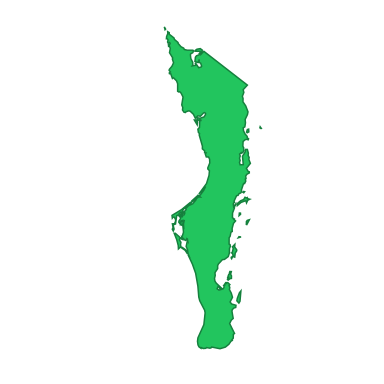 SVG path tracing the border of Baja California Sur, rotated 37°
{"feature_id": "MEX-2707", "entity_name": "Baja California Sur", "entity_type": "State", "adm_level": 1, "iso_a3": "MEX", "parent_name": "Mexico", "parent_adm1": "", "projection": "albers", "projection_center": [-111.883, 25.437], "detail": "fine", "context": "isolated", "style": "filled", "palette": "green", "viewbox_px": 384, "rotation_deg": 37, "n_neighbors": 0, "source": "natural_earth", "source_scale": "10m", "svg_char_len": 6073}
<svg xmlns="http://www.w3.org/2000/svg" viewBox="0 0 384 384"><g transform="rotate(37 192 192)"><path d="M116.8,72.5L171.9,73.3L171.3,79.5L173.5,81.3L174.6,85.2L176.6,86.7L178.4,89.3L183.1,90.9L188.5,94.3L189.7,96.8L190.8,102.1L193.1,104.6L195.0,108.2L194.3,110.0L196.3,112.1L199.4,113.7L202.6,114.4L203.4,115.4L205.2,115.5L205.4,116.6L204.3,116.7L203.0,118.2L202.4,120.9L205.1,124.9L206.6,125.5L208.5,127.9L208.8,129.9L208.2,131.2L207.7,130.9L207.2,133.1L208.8,134.2L209.6,136.4L211.5,137.9L212.1,139.8L214.1,141.3L216.5,139.3L210.8,133.1L210.4,128.2L209.2,125.7L210.6,124.7L213.7,127.1L214.7,128.9L216.9,130.1L217.7,131.7L221.4,134.0L221.2,140.4L224.6,141.8L225.6,141.4L226.3,142.3L225.2,144.7L225.2,146.9L227.1,148.8L226.8,149.6L228.4,151.0L228.9,153.5L228.4,153.5L228.2,154.7L230.2,160.5L231.4,161.8L231.5,163.4L230.5,165.1L230.8,167.0L229.8,168.1L231.1,174.0L232.7,175.1L231.7,174.8L232.1,176.7L234.7,179.3L235.5,179.2L237.0,184.3L239.8,188.2L242.1,188.1L242.0,188.8L244.2,188.9L244.0,192.1L246.0,197.0L247.9,199.3L247.3,200.7L249.1,204.4L249.2,206.2L253.0,211.3L254.0,211.1L255.4,212.3L255.9,214.5L258.6,218.3L259.8,221.8L258.5,226.3L257.0,227.7L256.4,233.6L256.8,235.4L258.6,237.7L258.9,242.6L260.8,244.7L262.0,247.5L264.0,249.4L266.2,250.2L274.1,251.1L272.3,252.3L269.6,251.2L270.3,254.2L272.6,254.1L274.9,251.0L275.1,249.1L274.1,247.8L274.2,246.9L273.6,247.3L273.5,244.5L274.2,244.3L273.7,243.9L275.2,242.8L278.0,243.2L277.8,244.3L279.7,245.6L280.6,247.4L284.2,249.1L287.7,251.7L288.6,256.9L291.0,257.6L295.3,256.0L296.4,257.9L295.2,259.6L295.0,261.8L295.6,263.1L301.0,268.2L300.5,270.6L301.2,274.4L311.1,279.4L310.7,280.8L312.9,283.9L312.9,286.1L313.5,286.3L312.9,287.8L313.1,291.4L312.0,295.8L308.7,300.3L301.0,304.0L301.0,305.1L300.2,306.0L297.2,307.5L297.1,308.5L295.2,310.2L293.0,310.7L293.3,311.4L290.8,311.5L288.8,310.5L286.2,307.9L284.5,304.9L281.3,290.8L275.2,280.6L273.2,278.8L263.6,274.2L260.6,271.8L253.4,263.7L243.8,254.7L235.8,249.4L226.6,244.5L230.2,246.1L225.9,243.6L223.2,240.8L220.1,239.0L217.7,233.9L218.5,234.1L216.6,232.3L215.9,232.3L216.3,233.7L215.8,234.7L211.3,234.2L213.1,235.6L210.9,236.1L210.8,233.1L209.4,229.2L205.5,225.0L206.7,225.3L204.4,222.6L202.7,218.9L203.5,222.5L204.4,223.4L203.5,224.0L204.4,225.0L203.2,224.3L202.5,225.2L201.9,224.4L201.2,222.1L201.8,221.4L201.5,220.5L200.7,221.5L201.2,224.5L199.7,224.1L199.0,222.9L198.9,220.2L197.8,218.9L199.2,217.6L198.6,215.8L199.5,214.9L198.9,213.0L198.4,212.9L197.2,215.5L197.8,217.2L196.9,218.9L196.2,218.0L196.5,216.2L196.0,215.2L197.0,214.4L197.8,211.2L197.9,209.6L197.0,209.0L197.5,205.0L199.7,201.0L199.9,195.7L199.4,194.8L200.1,192.5L199.5,192.3L201.7,191.0L199.5,190.6L200.4,190.0L200.4,183.9L199.6,179.4L198.7,189.5L198.5,176.5L195.6,168.5L193.1,164.5L190.8,164.1L190.1,163.2L188.7,158.1L186.3,155.2L184.2,154.1L182.3,155.4L179.8,153.7L179.7,152.3L178.4,153.0L177.3,151.5L174.3,151.3L172.7,149.1L163.4,142.1L163.0,140.9L161.3,140.6L158.9,138.3L159.1,135.9L155.6,130.9L155.7,129.8L156.6,129.2L154.7,129.4L154.4,130.5L153.4,130.8L153.5,131.5L152.5,131.5L151.6,129.5L154.0,128.2L156.4,124.9L156.3,122.5L155.5,121.0L154.1,121.1L153.6,122.1L153.1,126.4L150.8,127.7L150.3,131.1L146.4,129.1L142.0,128.6L140.6,129.1L139.0,131.4L138.9,132.5L137.6,133.1L135.0,132.2L133.8,130.1L131.4,128.6L127.7,121.6L123.8,119.6L121.8,119.3L121.2,120.1L119.9,120.2L115.4,114.2L112.7,112.5L108.9,112.0L108.2,112.1L108.0,113.1L103.9,110.4L102.8,111.1L102.2,110.6L102.5,109.1L100.6,108.7L100.1,107.7L100.3,103.7L99.5,99.9L96.4,97.7L95.8,96.5L90.2,94.3L88.3,90.5L86.3,89.1L85.7,89.8L84.5,88.5L85.6,88.7L85.1,86.4L84.1,86.1L83.5,87.5L82.2,86.9L81.4,85.0L79.9,84.5L79.3,85.0L78.1,83.0L77.3,80.0L76.1,78.6L77.9,78.4L78.9,79.7L84.9,79.8L86.1,80.7L90.9,81.0L91.5,81.7L95.8,82.6L98.8,82.1L100.1,82.8L102.9,81.6L107.4,78.2L108.2,78.3L108.8,80.2L107.8,82.6L108.1,83.3L110.7,86.1L114.4,87.9L116.3,90.2L116.3,91.1L118.6,88.7L118.8,88.0L117.4,87.4L117.5,87.0L122.5,88.7L124.0,86.8L124.0,85.7L121.4,83.9L119.6,84.2L118.0,81.7L118.9,85.0L115.8,86.0L113.6,82.3L113.6,80.5L115.4,77.7L114.6,77.2L115.2,76.6L114.3,75.7L114.5,75.1L113.9,74.8L109.7,77.7L109.4,77.0L110.0,75.0L112.3,72.5L114.8,72.5L116.4,75.9L116.8,72.5ZM197.2,230.1L200.0,232.4L200.5,234.4L198.7,233.6L198.2,231.7L195.5,229.2L197.1,227.9L196.4,225.0L195.0,223.6L193.0,222.8L192.0,223.4L192.0,224.7L190.1,222.7L194.3,212.2L197.0,201.1L197.8,200.6L198.0,202.7L195.5,210.9L196.2,214.2L195.1,214.8L194.7,217.0L195.5,219.0L194.4,219.2L194.0,220.1L198.1,227.5L197.1,228.9L197.2,230.1ZM213.4,238.8L214.7,241.2L216.0,242.2L215.4,245.6L213.2,243.0L208.4,239.2L202.7,235.7L203.5,235.0L208.7,235.4L209.9,235.7L210.7,237.8L213.4,238.8ZM257.3,211.5L257.7,208.0L259.2,210.3L262.4,211.2L263.1,212.0L263.3,214.8L265.3,218.3L263.0,219.1L263.2,218.0L261.3,216.7L260.3,216.8L260.6,216.2L258.9,212.3L257.3,211.5ZM241.5,165.0L242.1,167.9L240.2,166.5L237.4,170.9L236.4,175.5L235.2,173.7L236.1,169.7L237.8,166.9L237.5,164.3L239.3,163.9L239.5,163.2L240.6,163.8L242.5,163.0L241.5,165.0ZM290.6,241.6L296.1,250.4L296.3,252.5L293.3,251.9L292.2,249.7L290.5,243.9L290.6,241.6ZM274.0,235.2L275.5,237.3L274.5,238.4L273.9,240.6L273.0,240.5L273.0,239.2L272.1,239.2L271.8,238.4L272.5,237.9L271.4,237.2L270.9,235.5L271.8,234.5L270.5,233.9L270.1,232.7L271.3,231.9L272.3,234.4L274.0,235.2ZM254.9,185.2L253.2,182.8L253.2,181.4L254.5,179.6L255.4,185.0L254.9,185.2ZM151.3,132.4L154.2,132.6L155.7,135.2L150.5,133.1L151.3,132.4ZM199.5,111.3L198.6,108.8L199.4,107.7L201.2,109.8L200.4,111.5L199.5,111.3ZM221.6,242.0L223.8,242.6L225.8,244.2L221.6,242.7L216.8,242.9L217.5,242.1L221.6,242.0ZM197.2,199.2L198.9,190.4L198.6,197.1L197.9,199.9L197.2,199.2ZM242.5,180.3L243.4,179.7L244.2,180.6L243.8,182.5L242.5,180.3ZM256.4,199.4L258.2,198.4L256.5,200.7L256.4,199.4ZM207.6,99.9L207.2,98.9L209.1,99.5L208.9,99.8L207.6,99.9ZM70.5,76.8L72.9,77.8L72.8,78.6L70.5,76.8ZM232.9,160.5L233.8,160.1L233.8,161.5L232.9,161.6L232.9,160.5ZM262.7,220.6L263.5,220.0L263.8,221.4L263.0,221.1L262.7,220.6ZM234.1,175.1L234.6,175.7L234.7,177.3L234.1,176.6L234.1,175.1Z" fill="#22c55e" stroke="#15803d" stroke-width="1.5"/></g></svg>